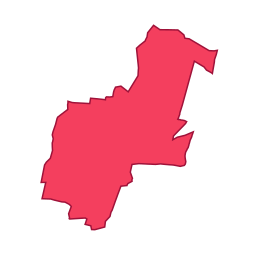 the district of Mayapán, Yucatán, Mexico, rotated 6°
{"feature_id": "50627088B30378888459240", "entity_name": "Mayapán", "entity_type": "district", "adm_level": 2, "iso_a3": "MEX", "parent_name": "Mexico", "parent_adm1": "Yucatán", "projection": "natural_earth1", "projection_center": [-89.174, 20.492], "detail": "fine", "context": "isolated", "style": "filled", "palette": "rose", "viewbox_px": 256, "rotation_deg": 6, "n_neighbors": 0, "source": "geoboundaries", "source_scale": "gbopen_adm2", "svg_char_len": 2289}
<svg xmlns="http://www.w3.org/2000/svg" viewBox="0 0 256 256"><g transform="rotate(6 128 128)"><path d="M179.5,32.9L175.2,32.8L173.8,29.5L167.4,25.3L157.8,26.1L149.5,26.9L142.7,23.2L137.6,31.2L137.4,35.5L136.3,38.3L136.0,39.6L131.0,44.5L128.1,47.8L131.7,64.7L131.8,65.3L132.2,67.3L132.2,69.3L132.5,75.0L124.4,92.0L116.6,87.1L111.3,88.7L110.9,90.0L110.3,91.6L109.9,93.7L109.6,98.4L106.6,99.1L103.3,99.3L102.6,100.2L102.6,102.3L100.2,102.2L99.1,102.2L98.0,102.2L95.7,102.2L94.2,102.2L87.7,102.3L87.4,107.7L71.9,108.5L69.7,108.5L65.5,107.7L65.7,109.5L65.5,111.1L65.7,112.4L66.2,115.8L57.0,124.5L56.5,125.8L55.6,132.0L53.8,139.7L53.4,142.8L54.7,146.3L54.7,146.9L54.5,149.4L54.2,150.8L54.7,154.7L55.3,158.3L53.9,166.3L50.4,170.5L48.9,173.5L47.3,191.2L51.9,190.7L49.9,207.3L58.5,206.7L62.3,207.4L69.9,208.4L73.1,208.3L77.2,209.9L78.3,210.6L79.8,212.0L77.9,219.5L79.2,223.4L79.0,224.3L79.5,224.6L91.1,222.6L95.0,222.0L96.6,222.8L95.4,228.3L101.2,229.1L102.4,232.8L105.6,232.6L115.2,228.9L115.3,223.2L119.3,217.9L119.8,214.1L120.0,213.2L120.8,211.4L123.1,201.8L124.0,198.3L124.7,195.4L127.0,186.6L127.5,186.5L129.8,186.0L132.5,185.4L132.9,185.4L133.6,183.3L137.6,180.6L137.3,179.0L137.7,177.6L134.9,171.7L135.8,163.8L142.5,162.3L145.5,162.1L152.8,161.7L153.8,161.6L157.7,161.4L159.2,161.3L164.1,160.3L166.2,160.3L168.3,160.3L173.3,160.2L175.5,160.1L177.4,160.1L183.4,160.6L183.9,160.7L187.9,159.3L188.5,158.3L188.7,158.0L188.8,157.5L189.0,155.6L189.0,155.4L188.8,154.7L188.4,153.4L188.2,152.6L187.9,151.5L187.6,149.8L187.6,149.3L187.7,147.2L187.8,146.5L188.0,145.4L188.5,144.5L188.9,143.3L189.2,142.4L189.6,141.7L189.8,141.3L190.0,140.5L190.1,139.8L190.3,139.0L190.3,138.3L190.6,136.9L190.8,135.6L190.9,134.9L191.1,133.6L191.3,133.1L191.6,132.1L192.0,131.1L192.3,130.0L192.4,129.3L192.5,128.4L192.9,127.0L193.3,125.0L185.5,129.3L178.0,132.0L173.8,135.0L174.1,131.1L184.8,117.5L185.6,115.5L185.1,115.4L184.3,115.0L182.9,114.6L182.3,114.6L181.5,114.5L180.6,114.5L179.6,114.5L179.2,114.3L178.6,114.2L177.5,114.3L176.6,114.1L177.1,112.7L178.1,108.6L177.9,108.0L179.6,99.6L187.0,54.6L197.2,59.3L200.0,62.2L203.2,63.5L204.8,64.2L205.3,64.4L206.2,65.0L206.4,61.9L207.0,53.3L206.9,50.9L208.1,45.8L208.7,41.4L205.6,42.3L200.6,42.6L179.5,32.9Z" fill="#f43f5e" stroke="#9f1239" stroke-width="1.5"/></g></svg>